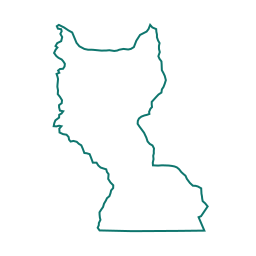 outline of Pedra Lavrada, Paraíba, Brazil, rotated 86°
{"feature_id": "56859067B32724013472613", "entity_name": "Pedra Lavrada", "entity_type": "district", "adm_level": 2, "iso_a3": "BRA", "parent_name": "Brazil", "parent_adm1": "Paraíba", "projection": "robinson", "projection_center": [-36.413, -6.768], "detail": "fine", "context": "isolated", "style": "outline", "palette": "teal", "viewbox_px": 256, "rotation_deg": 86, "n_neighbors": 0, "source": "geoboundaries", "source_scale": "gbopen_adm2", "svg_char_len": 2383}
<svg xmlns="http://www.w3.org/2000/svg" viewBox="0 0 256 256"><g transform="rotate(86 128 128)"><path d="M20.3,189.8L21.5,191.9L24.0,191.0L24.8,187.8L26.8,187.4L29.4,188.9L32.7,187.3L36.7,188.6L38.4,192.7L41.2,194.6L42.8,192.8L44.8,194.7L48.0,196.5L51.2,194.5L53.2,192.4L55.0,189.4L57.0,187.9L59.6,186.5L62.2,187.0L64.4,188.7L64.4,191.7L65.8,193.7L68.1,192.7L69.1,195.5L71.7,194.8L74.2,194.4L76.9,194.8L79.7,195.3L82.0,195.6L85.5,195.2L89.3,195.7L92.2,193.7L95.7,191.9L98.6,192.4L100.4,195.2L102.7,195.3L105.9,194.7L106.8,191.5L108.9,193.3L110.0,195.7L112.8,196.0L115.3,199.9L118.0,201.2L121.0,202.0L121.4,199.3L120.9,196.6L121.6,194.3L123.9,196.6L127.7,196.6L129.6,193.2L130.4,189.8L132.8,187.9L135.5,187.6L137.5,186.2L137.1,183.3L138.2,180.1L140.4,178.1L142.0,175.8L145.7,174.5L149.9,173.3L150.3,171.0L151.4,168.1L154.5,167.1L157.9,166.1L160.1,165.5L160.4,161.8L163.4,160.2L165.5,158.1L166.6,155.5L167.7,152.6L170.3,152.1L172.7,150.6L177.4,151.3L181.1,149.3L184.1,146.7L186.9,147.0L189.1,149.2L191.8,150.0L194.7,151.3L196.6,153.9L198.8,155.1L201.8,157.2L205.1,158.4L207.4,160.3L210.1,162.3L212.5,162.4L215.4,162.3L217.7,161.9L220.8,163.7L222.9,163.9L225.4,165.2L228.2,163.5L231.2,131.0L234.2,84.3L235.7,59.0L221.9,63.8L221.1,61.3L211.8,54.0L208.5,56.3L206.2,58.6L203.7,58.9L201.2,59.0L198.7,59.3L193.3,59.2L191.2,62.4L190.4,64.7L190.1,67.3L187.1,70.1L182.9,72.8L179.6,74.0L178.0,75.7L175.7,77.9L172.7,79.9L170.7,82.0L169.6,84.3L168.9,86.9L168.3,89.9L167.6,96.5L167.6,100.6L167.0,105.7L164.3,105.7L160.9,104.7L157.5,104.8L155.1,104.0L152.9,103.9L150.2,103.5L147.1,104.8L145.4,107.4L142.8,109.4L138.8,110.4L136.0,111.5L133.9,112.3L131.2,114.0L127.3,116.5L124.5,118.1L121.6,117.7L119.3,116.4L117.6,113.9L116.6,110.7L116.2,108.2L115.5,105.7L113.3,105.8L110.4,104.3L108.8,102.6L106.1,102.7L103.6,102.5L101.5,100.3L99.0,97.7L96.7,95.2L95.0,92.2L91.8,91.5L89.5,89.7L86.5,88.3L82.9,86.9L78.6,87.7L75.5,88.9L72.7,90.2L69.5,90.1L66.8,90.0L63.9,90.0L61.1,91.8L58.5,92.7L54.5,91.0L51.3,91.6L48.3,91.4L45.5,90.6L42.8,91.9L39.5,92.8L36.8,92.6L33.9,93.0L31.3,93.0L29.4,96.7L26.7,98.7L30.7,100.6L33.1,102.7L36.0,109.5L41.5,113.6L47.7,116.5L49.3,119.6L49.7,122.3L48.8,127.0L49.3,131.2L50.0,133.4L50.2,136.3L49.1,141.2L49.2,144.5L48.9,149.4L47.5,157.8L47.1,162.5L46.1,166.0L43.1,170.8L39.5,173.4L28.8,177.0L26.5,180.6L23.3,184.7L20.3,189.8Z" fill="none" stroke="#0f766e" stroke-width="2"/></g></svg>